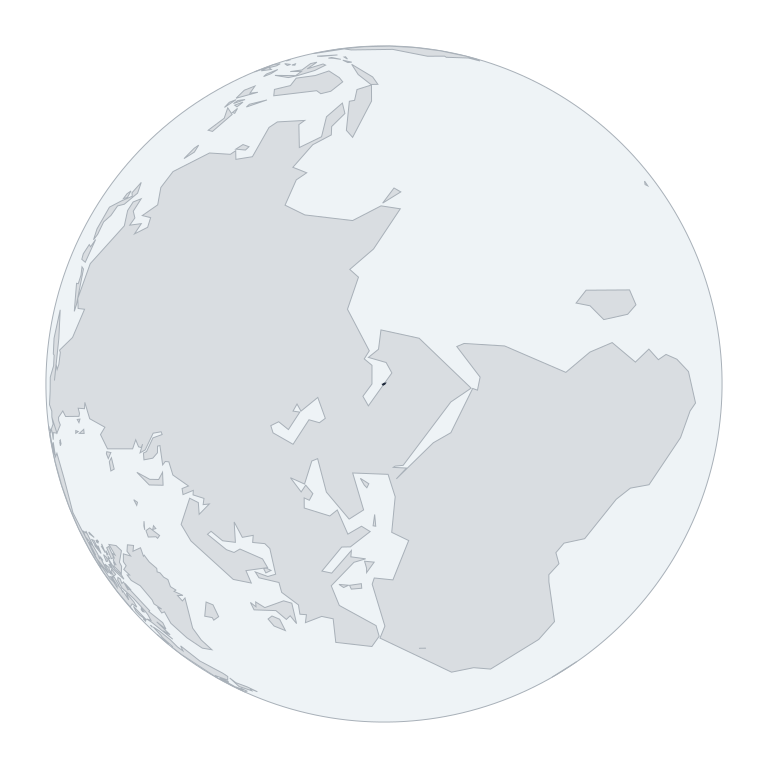 globe centered on Bahrain, rotated 245°
{"feature_id": "BHR", "entity_name": "Bahrain", "entity_type": "country or territory", "adm_level": 0, "iso_a3": "BHR", "parent_name": "Asia", "parent_adm1": "", "projection": "orthographic", "projection_center": [50.55, 26.027], "detail": "fine", "context": "on_globe", "style": "filled", "palette": "slate", "viewbox_px": 768, "rotation_deg": 245, "n_neighbors": 0, "source": "natural_earth", "source_scale": "50m", "svg_char_len": 10669}
<svg xmlns="http://www.w3.org/2000/svg" viewBox="0 0 768 768"><g transform="rotate(245 384 384)"><circle cx="384" cy="384" r="338" fill="#eef3f6" stroke="#a8b0b8"/><path d="M476.6,59.0L476.2,58.9L481.5,60.6L477.7,59.7L461.7,55.6L458.8,55.3L468.7,58.0L471.0,59.6L457.0,55.6L459.5,58.3L433.3,54.1L398.9,47.7L381.4,48.3L338.3,50.3L339.4,50.9L323.7,53.4L319.0,55.3L312.3,56.1L314.4,57.1L321.4,56.1L324.6,56.5L322.5,57.9L313.6,58.7L313.4,58.1L309.7,59.2L306.1,59.2L306.7,59.9L296.2,61.4L303.4,62.1L292.3,65.2L286.2,65.7L291.2,62.8L289.2,59.8L285.3,60.8L308.7,54.6L332.5,50.0L356.6,47.2L380.8,46.1L405.0,46.7L429.1,49.1L453.0,53.2L476.6,59.0ZM252.9,72.6L242.4,77.2L239.1,78.7L252.9,72.6ZM224.5,86.1L235.1,80.7L235.4,81.4L248.1,75.9L250.1,75.7L261.4,72.1L255.0,76.1L242.6,82.2L232.8,85.8L227.1,89.0L232.6,89.0L210.8,100.0L190.0,115.7L184.9,118.8L181.7,117.2L191.3,107.6L187.3,109.2L224.5,86.1ZM187.1,109.4L185.0,112.2L172.2,121.3L168.1,124.9L166.0,127.2L169.0,125.5L163.6,130.0L163.7,127.8L168.6,123.7L168.5,124.2L172.9,120.2L187.1,109.4ZM47.3,412.4L48.5,423.8L51.0,441.3L47.3,412.4ZM483.0,61.0L485.8,61.8L487.4,62.4L483.0,61.0ZM264.2,70.3L262.8,71.2L261.4,71.3L264.2,70.3ZM270.4,68.1L269.8,67.7L272.6,66.7L272.9,66.9L270.4,68.1ZM482.9,62.0L484.4,63.1L480.1,61.1L482.9,62.0ZM270.5,69.0L277.8,64.9L282.8,63.2L288.3,63.0L270.5,69.0ZM483.6,63.3L487.6,67.2L494.4,69.0L477.7,66.8L479.7,63.7L473.3,60.7L479.9,62.8L483.6,63.3ZM324.5,55.3L317.0,56.4L325.2,54.4L324.5,55.3ZM329.0,54.1L349.6,49.3L359.7,49.1L350.7,50.4L365.3,49.8L360.1,51.9L350.9,52.7L345.4,52.3L347.6,53.6L329.0,54.1ZM467.8,65.4L466.4,66.1L464.8,64.6L467.8,65.4ZM326.5,56.5L329.8,55.3L338.8,54.9L333.8,57.3L332.5,56.6L326.5,56.5ZM371.8,48.8L377.5,49.4L374.9,51.1L376.8,51.7L360.8,52.0L371.8,48.8ZM329.4,57.4L331.1,58.7L324.9,60.3L323.9,57.8L329.4,57.4ZM343.2,53.9L347.2,53.9L343.3,54.6L343.2,53.9ZM304.1,67.7L307.8,65.6L312.8,65.0L304.1,67.7ZM332.1,59.1L334.2,58.6L336.6,58.3L336.4,59.6L332.1,59.1ZM360.1,53.4L357.8,54.3L366.5,53.4L364.8,55.1L354.5,55.2L358.2,55.9L357.8,56.5L349.9,56.0L360.1,53.4ZM343.4,60.2L329.7,61.8L321.7,65.4L317.0,65.8L330.8,60.0L343.4,60.2ZM347.9,57.7L344.1,59.3L340.2,58.6L340.5,57.3L347.9,57.7ZM367.4,56.5L372.6,53.7L374.7,53.9L367.4,56.5ZM341.9,61.3L345.2,61.0L341.7,61.6L341.9,61.3ZM360.4,57.9L362.0,56.8L364.3,57.0L360.4,57.9ZM350.6,61.5L346.2,61.8L346.2,60.7L350.6,61.5ZM355.7,59.9L358.5,60.5L348.8,60.1L356.0,59.3L355.7,59.9ZM362.4,58.3L364.3,58.0L361.4,58.8L362.4,58.3ZM353.1,65.9L340.9,65.7L340.9,63.1L352.8,63.5L353.1,65.9ZM87.1,416.3L80.6,360.1L89.0,345.4L94.3,323.4L155.4,273.0L164.2,282.5L207.6,288.7L212.3,293.2L202.7,309.3L231.7,340.2L246.3,328.3L277.1,346.5L300.4,349.5L316.6,318.0L278.5,312.3L276.3,295.3L310.4,286.1L344.4,292.3L344.7,286.0L326.9,269.7L338.6,259.6L321.2,263.3L325.4,270.3L314.7,273.2L310.2,267.2L314.5,263.5L305.3,259.3L287.3,279.1L289.6,288.4L263.2,287.8L264.6,303.5L256.1,309.1L250.6,284.7L254.1,276.8L240.7,248.7L234.7,256.7L246.9,284.1L241.4,280.9L233.3,293.5L235.1,281.4L223.4,250.9L202.2,249.9L168.4,274.7L157.4,273.0L151.2,262.1L170.2,231.1L192.7,238.7L199.7,229.3L200.9,211.9L207.7,216.2L210.9,210.5L220.0,213.1L238.4,203.2L248.5,204.9L261.2,188.8L268.1,187.9L258.6,197.4L257.4,205.4L283.1,211.0L289.7,208.5L295.9,198.0L302.1,201.5L304.9,190.8L322.3,189.9L303.3,182.4L310.1,171.5L323.6,165.0L322.4,160.5L300.4,171.2L294.7,176.9L295.3,183.7L276.8,200.0L266.8,200.9L273.2,180.0L259.7,179.6L270.6,164.8L323.3,142.7L342.5,140.8L362.6,159.6L355.0,165.6L344.0,161.4L349.1,175.0L351.1,169.1L356.4,172.5L364.2,164.1L368.2,166.2L368.7,155.1L374.6,156.8L374.2,163.7L390.7,154.2L404.4,156.1L406.2,153.0L404.2,149.2L422.9,154.9L423.4,152.5L417.4,149.6L414.5,143.1L416.7,134.4L423.1,136.8L423.1,140.2L432.8,151.8L432.0,161.6L434.9,161.8L437.0,154.0L425.2,139.7L424.7,133.8L431.5,139.8L429.0,137.1L430.8,135.0L438.4,135.4L431.5,128.8L442.1,106.0L458.0,105.7L462.8,112.8L476.9,102.6L493.8,105.1L488.2,102.1L491.3,96.6L486.1,95.6L483.6,93.9L489.1,81.7L495.3,81.5L491.4,75.0L488.5,73.7L483.7,73.3L477.7,66.8L494.4,69.0L499.9,71.5L506.6,72.1L518.4,78.3L531.2,84.4L540.2,92.3L549.5,97.2L551.0,97.0L564.9,104.3L588.1,121.9L562.6,108.5L526.4,86.8L540.6,95.2L535.3,93.9L539.2,97.6L549.4,104.0L551.8,104.3L557.8,121.4L578.3,144.2L581.7,138.7L590.9,142.6L617.2,168.6L637.1,215.5L649.6,225.0L655.0,233.6L654.5,242.2L646.6,229.8L639.8,228.4L635.4,220.7L631.9,231.8L625.5,221.3L625.9,236.0L633.4,242.8L638.8,236.1L642.0,254.6L656.4,264.8L665.7,282.6L667.1,323.5L657.1,341.8L658.1,348.2L650.2,344.7L645.6,360.8L665.1,388.2L666.6,398.1L656.4,423.5L655.1,416.5L634.1,407.2L634.5,431.9L650.5,444.8L656.2,465.0L645.7,462.9L639.5,445.4L632.0,441.5L631.0,420.6L618.9,393.0L608.1,403.2L606.1,390.8L587.9,369.9L570.7,383.7L545.4,424.6L546.7,456.6L535.9,472.8L510.8,431.6L502.3,401.4L491.6,406.0L467.2,382.5L420.3,384.7L415.1,376.7L406.0,381.0L389.1,373.1L381.8,359.7L370.8,360.6L390.7,395.8L402.6,395.0L414.7,381.1L417.8,393.7L434.3,404.1L410.6,435.2L343.4,461.2L339.5,437.0L302.2,367.0L304.8,359.6L304.8,358.7L304.5,357.2L298.3,368.9L292.8,355.1L309.9,403.8L311.6,424.0L342.5,462.5L338.9,466.1L349.6,474.0L387.2,465.8L386.9,473.7L367.5,509.4L317.7,553.7L325.9,584.1L325.1,608.3L297.6,621.1L303.7,638.8L290.1,642.9L291.6,652.1L282.7,659.9L266.6,665.2L235.1,658.3L230.2,650.0L210.0,630.0L180.7,581.6L185.5,563.3L181.4,545.8L159.0,500.5L163.7,479.9L158.5,468.5L147.2,466.6L141.5,452.8L134.9,449.8L96.6,438.1L87.1,416.3ZM129.7,304.0L126.9,310.2L126.9,310.3L129.7,304.0ZM377.7,316.3L399.8,318.3L394.5,297.3L402.6,296.7L397.9,290.1L394.1,295.8L383.1,278.1L394.3,272.6L394.1,263.8L386.6,262.8L367.8,276.1L383.3,300.9L376.2,309.1L377.7,316.3ZM172.2,121.4L172.1,121.7L169.0,124.7L168.5,124.7L172.2,121.4ZM167.1,132.2L158.6,139.2L164.3,133.8L161.9,134.5L171.1,124.8L182.8,119.9L175.9,123.5L167.1,132.2ZM186.5,111.6L179.4,117.5L186.7,111.3L186.5,111.6ZM220.0,179.6L221.1,184.4L214.9,190.0L202.2,190.4L211.1,182.1L220.0,179.6ZM224.3,190.3L234.2,170.8L242.5,170.6L236.2,173.8L240.7,175.6L231.7,181.5L229.9,201.4L224.3,207.8L203.8,203.5L213.6,201.0L211.9,196.0L224.3,190.3ZM244.9,129.6L249.3,123.4L261.6,130.6L256.1,135.7L243.0,135.8L241.9,129.9L244.9,129.6ZM278.8,70.3L279.7,69.1L282.2,68.6L283.4,69.3L278.8,70.3ZM305.4,66.7L277.5,75.8L277.1,74.7L261.2,82.6L254.0,82.8L264.5,77.5L247.1,84.2L253.7,79.5L242.0,84.7L266.2,72.8L271.4,69.6L268.3,72.9L274.8,72.5L279.2,71.5L295.5,66.4L310.0,60.3L318.8,59.8L321.1,61.1L319.0,62.5L314.0,62.2L314.7,64.3L305.8,65.0L305.4,66.7ZM343.5,88.8L338.5,85.8L338.5,94.1L329.6,93.2L330.2,94.3L322.0,96.0L312.9,100.1L309.6,99.0L307.5,101.2L302.0,102.7L298.1,105.5L290.6,104.8L285.2,108.3L284.8,106.1L277.4,112.4L279.5,107.5L272.6,109.6L274.2,113.2L243.6,107.4L229.2,110.2L215.9,115.7L221.4,107.7L237.3,98.1L257.2,89.7L270.3,88.7L270.4,85.8L276.7,84.7L274.0,87.4L282.0,82.6L286.4,82.6L304.2,77.8L312.8,71.9L319.5,70.5L318.4,72.8L325.9,69.8L328.2,73.5L333.1,72.7L340.2,76.0L335.2,81.7L341.0,80.4L346.7,83.5L343.5,88.8ZM354.8,66.9L350.8,72.9L343.9,75.6L334.3,68.9L329.6,69.1L323.2,65.8L333.2,62.2L334.1,63.3L337.4,63.7L332.9,64.7L338.9,64.2L340.3,66.0L345.3,66.2L342.7,68.0L354.8,66.9ZM220.4,288.5L224.5,290.4L231.6,291.5L226.7,299.8L220.4,288.5ZM211.9,267.7L216.1,267.7L212.6,279.1L208.3,277.5L211.9,267.7ZM221.4,258.5L216.6,266.8L216.6,261.4L221.4,258.5ZM262.7,197.1L267.5,196.9L266.9,199.5L262.8,202.8L262.7,197.1ZM341.5,116.6L339.8,113.6L341.9,112.8L344.9,105.7L351.7,106.3L352.6,110.8L341.5,116.6ZM308.5,322.7L300.0,328.1L297.2,324.6L300.7,323.4L308.5,322.7ZM260.1,314.2L269.7,320.4L258.6,316.4L260.1,314.2ZM349.4,116.1L349.9,112.9L353.0,115.2L349.4,116.1ZM356.9,106.4L361.1,108.5L352.9,105.5L356.9,106.4ZM454.4,704.9L457.8,705.9L452.1,706.8L454.4,704.9ZM383.6,606.8L365.5,646.3L349.3,645.8L344.2,634.3L349.5,610.4L367.8,603.8L376.2,592.3L383.6,606.8ZM693.9,488.2L697.2,486.0L696.8,487.5L693.9,488.2ZM690.6,487.1L694.9,483.5L689.3,490.8L690.6,487.1ZM696.5,482.1L700.9,475.3L702.8,471.3L702.1,474.5L696.5,482.1ZM687.4,489.8L667.1,503.5L658.2,505.1L661.0,498.7L675.4,491.4L687.4,489.8ZM660.3,499.0L645.7,492.3L620.8,459.8L629.8,457.1L654.9,472.1L653.5,477.2L662.3,484.0L660.3,499.0ZM692.6,452.1L691.0,466.4L680.5,473.0L675.3,474.3L671.8,459.5L673.8,449.4L678.3,446.9L691.8,405.9L697.3,409.2L694.0,425.3L698.3,433.7L692.6,452.1ZM548.5,459.2L557.4,475.9L551.0,480.4L548.5,459.2ZM694.4,380.3L690.9,398.0L693.2,376.3L694.4,380.3ZM694.1,361.3L695.7,367.7L692.4,363.1L694.1,361.3ZM660.6,357.4L656.1,361.9L654.6,357.3L659.5,348.9L660.6,357.4ZM672.8,298.0L677.9,311.7L678.8,317.0L674.3,310.1L672.8,298.0ZM408.4,122.7L396.6,131.4L392.7,139.4L397.6,146.0L385.6,141.0L391.7,128.6L408.4,122.7ZM437.3,107.5L432.9,102.6L438.1,102.9L439.8,104.1L437.3,107.5ZM432.4,105.8L420.9,103.5L420.6,99.7L429.7,102.2L432.4,105.8ZM384.9,108.3L381.0,110.6L378.5,108.6L384.9,108.3ZM646.7,596.5L639.5,604.9L636.2,607.5L643.7,598.4L653.8,578.5L655.5,577.5L662.7,561.9L683.6,533.3L700.6,495.5L704.5,489.6L712.2,463.3L713.4,459.4L706.7,484.2L698.2,508.3L687.9,531.8L675.8,554.4L662.1,576.0L646.7,596.5ZM701.9,480.9L707.5,465.5L709.4,461.9L701.9,480.9ZM720.1,419.3L718.1,425.3L717.8,421.0L719.3,413.4L716.7,414.8L719.7,405.1L720.0,415.0L721.3,401.1L721.6,398.5L720.1,419.3ZM717.9,433.0L718.2,431.8L717.4,436.7L717.9,433.0ZM712.0,435.3L711.6,439.1L710.6,438.0L712.0,435.3ZM713.6,430.9L716.3,429.4L713.1,434.4L713.6,430.9ZM700.8,434.3L702.2,441.2L706.8,431.1L703.3,442.4L705.4,452.9L704.0,459.2L702.1,447.6L699.8,464.0L697.7,465.8L697.4,453.8L700.1,435.7L702.1,426.9L709.8,415.6L700.8,434.3ZM713.9,420.7L713.0,412.4L713.5,404.8L714.6,408.5L713.9,420.7ZM708.6,393.0L704.2,385.4L701.7,393.0L705.5,370.7L709.3,381.6L708.6,393.0ZM702.7,371.4L700.5,378.3L701.8,366.1L702.7,371.4ZM699.1,375.4L697.3,367.9L699.8,366.5L699.1,375.4ZM704.2,370.2L702.1,356.3L704.7,362.9L704.2,370.2ZM692.4,351.5L700.3,359.1L692.5,360.3L685.4,335.3L688.3,331.9L692.4,351.5ZM665.9,236.3L661.5,230.2L662.2,226.2L665.0,231.4L665.9,236.3ZM660.3,209.9L660.9,223.2L660.6,235.2L663.8,236.4L669.3,249.2L661.1,241.3L656.7,224.6L658.0,217.8L652.2,207.8L649.4,198.4L640.7,187.8L637.5,181.7L645.9,189.5L660.3,209.9ZM636.8,183.7L620.6,164.7L624.7,162.8L629.1,166.5L634.9,175.8L632.4,176.1L636.8,183.7ZM617.8,159.8L615.2,160.2L585.9,138.8L580.7,134.0L605.2,147.9L604.1,149.3L610.6,155.3L617.8,159.8ZM470.1,67.0L466.7,66.1L469.7,66.2L470.1,67.0ZM480.7,93.6L477.9,91.2L481.5,91.0L480.7,93.6ZM472.1,85.0L470.1,86.8L469.6,83.8L472.1,85.0ZM465.9,91.3L468.0,87.0L469.8,92.7L465.9,91.3Z" fill="#d9dde1" stroke="#a8b0b8" stroke-width="1"/><path d="M384.3,384.8L384.1,385.3L384.0,385.1L383.6,384.4L383.7,383.8L383.5,383.0L383.6,382.8L384.1,382.7L384.0,383.0L384.3,383.4L384.4,384.1L384.3,384.8Z" fill="#64748b" stroke="#1e293b" stroke-width="1.5"/></g></svg>